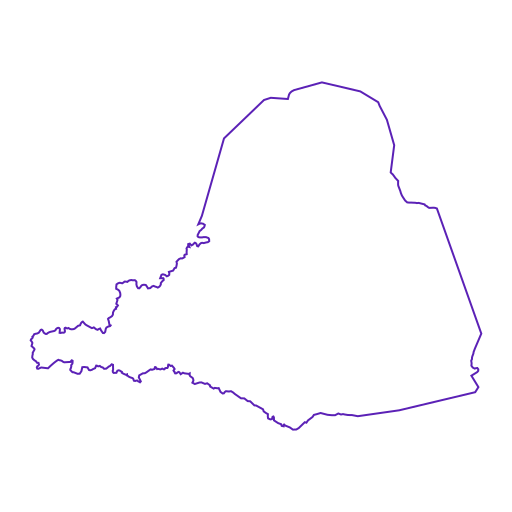 the district of San Lorenzo Texmelúcan, Oaxaca, Mexico
{"feature_id": "50627088B55125244226498", "entity_name": "San Lorenzo Texmelúcan", "entity_type": "district", "adm_level": 2, "iso_a3": "MEX", "parent_name": "Mexico", "parent_adm1": "Oaxaca", "projection": "albers", "projection_center": [-97.233, 16.535], "detail": "fine", "context": "isolated", "style": "outline", "palette": "violet", "viewbox_px": 512, "rotation_deg": 0, "n_neighbors": 0, "source": "geoboundaries", "source_scale": "gbopen_adm2", "svg_char_len": 5989}
<svg xmlns="http://www.w3.org/2000/svg" viewBox="0 0 512 512"><path d="M37.2,362.9L38.5,362.9L39.0,364.6L38.4,365.6L37.3,366.3L36.8,367.3L37.2,368.6L38.2,368.8L41.2,367.5L48.0,368.3L50.6,365.8L53.7,363.1L55.6,361.6L57.0,360.6L57.4,360.3L58.4,359.8L59.3,360.2L60.6,360.4L61.9,360.9L62.9,361.7L64.2,362.3L70.7,361.9L71.2,360.8L71.8,360.3L72.6,360.8L72.6,362.0L72.4,363.6L71.2,365.2L71.3,366.4L70.8,368.3L70.3,369.2L70.3,370.0L72.2,372.0L72.8,372.3L73.5,372.2L77.6,373.8L79.7,373.7L81.4,371.2L82.3,367.2L84.1,367.0L87.5,367.4L89.0,370.0L90.2,370.3L91.9,369.8L93.0,369.1L95.1,368.2L96.2,365.6L96.6,365.6L97.0,365.7L97.4,366.1L98.6,366.3L99.8,365.9L100.5,366.5L101.3,367.1L102.7,367.4L104.1,368.8L106.3,368.6L109.0,366.4L109.9,366.1L111.7,364.3L113.0,364.8L113.1,369.7L112.7,370.8L112.9,372.1L113.6,372.9L116.4,372.8L117.4,370.7L118.6,370.3L119.6,370.5L121.9,371.9L121.8,372.7L123.4,373.7L125.9,374.8L127.0,374.4L127.0,375.5L127.8,375.8L128.5,376.5L130.1,377.3L132.5,378.1L133.2,378.7L133.9,380.7L135.2,381.0L135.8,380.7L137.2,380.5L138.1,381.3L138.8,381.6L140.0,382.3L140.8,381.4L138.8,377.4L139.2,375.4L142.9,373.3L143.8,373.3L144.9,373.2L146.3,372.4L149.4,370.2L150.6,369.4L151.3,369.5L151.9,369.8L154.5,369.0L154.9,367.2L155.6,367.1L156.5,368.3L157.1,369.1L157.8,368.8L160.4,369.4L161.7,368.9L162.2,368.6L164.0,369.4L164.5,369.2L165.2,368.2L165.9,368.0L167.4,368.0L168.0,366.8L168.1,365.2L168.3,364.6L168.9,364.6L170.7,366.0L171.9,365.6L173.8,367.7L174.6,369.0L173.5,370.5L174.0,371.4L174.6,371.9L174.7,372.7L175.2,373.4L176.4,373.3L177.7,372.3L178.7,371.9L179.4,372.3L180.7,374.2L182.9,372.7L184.3,373.3L188.8,373.9L189.7,373.4L189.7,374.2L189.5,374.9L190.2,376.2L192.6,377.9L193.2,379.2L193.4,380.6L192.4,382.7L194.8,384.0L199.5,382.5L201.4,382.4L205.0,383.9L207.2,383.3L210.1,385.4L210.1,386.5L213.7,388.6L214.7,387.9L217.8,388.3L218.7,388.1L219.7,390.2L220.5,391.9L222.7,393.5L223.9,393.3L224.7,392.1L225.9,391.2L228.9,391.5L231.0,391.2L233.0,392.4L235.0,394.1L241.0,398.3L244.3,398.4L247.7,401.1L250.2,401.3L254.4,405.4L256.1,405.5L263.0,409.3L263.7,411.4L266.1,413.1L267.9,414.1L267.8,416.5L268.1,418.4L270.3,419.4L271.9,419.1L272.6,416.8L273.4,416.5L273.9,417.4L274.0,420.4L278.1,423.1L281.1,424.2L281.7,425.9L283.6,426.3L283.7,424.7L284.1,424.5L285.1,425.5L289.8,427.4L292.9,429.6L296.3,429.5L298.7,428.1L304.8,422.2L306.4,422.7L308.0,420.4L312.5,417.0L313.9,414.9L316.6,414.2L320.6,413.0L327.5,414.8L331.8,415.2L335.1,415.2L338.3,413.5L341.0,414.5L343.0,414.1L344.8,414.5L347.9,415.0L352.1,415.1L357.8,416.2L399.2,410.3L475.2,392.2L478.4,387.1L471.4,375.7L477.2,372.1L478.2,370.9L478.3,369.3L477.3,368.0L475.9,368.2L474.7,368.6L472.7,367.5L471.4,365.7L471.6,363.7L471.5,362.4L471.2,360.8L472.0,359.0L472.0,357.6L472.4,356.1L472.9,354.9L473.4,353.5L473.6,352.0L474.9,348.6L481.3,333.6L436.9,208.5L435.2,207.9L433.8,207.7L429.2,207.9L427.7,207.0L426.6,206.0L425.2,205.4L424.6,204.4L418.7,202.9L416.9,203.1L415.5,202.8L411.2,202.6L409.1,202.6L407.2,202.4L405.1,200.5L403.0,197.3L401.9,195.5L400.9,193.1L400.3,191.0L398.3,185.8L398.1,184.6L398.1,181.8L398.2,181.0L395.3,177.9L393.9,175.9L392.7,174.3L391.6,173.4L390.7,172.4L394.2,145.2L386.9,119.8L379.6,105.8L378.2,102.2L360.3,91.4L321.9,82.4L294.1,90.1L291.7,91.4L291.1,91.9L289.8,93.2L289.0,94.7L287.9,99.0L270.8,97.8L264.0,100.0L224.0,138.4L201.9,215.8L198.3,224.3L199.3,223.8L201.0,223.3L202.3,223.6L203.0,223.7L204.8,224.9L204.5,226.2L204.0,227.4L202.3,228.6L201.1,230.0L199.6,231.1L198.8,232.8L197.7,234.9L197.6,236.3L198.4,237.1L199.8,237.4L202.1,237.4L203.6,237.1L205.9,237.1L208.4,238.0L209.1,239.2L209.2,241.2L207.8,242.2L206.4,242.4L203.7,243.1L202.1,242.8L201.0,243.1L199.6,244.3L198.2,246.4L197.2,246.1L196.4,243.9L195.5,242.9L194.7,242.7L192.9,244.6L191.4,245.4L189.8,243.6L188.2,244.1L188.2,244.9L188.8,245.5L189.4,247.0L187.7,246.6L186.8,247.9L186.5,248.6L186.8,249.6L186.6,251.8L186.7,254.2L184.8,254.7L184.3,255.3L184.6,257.1L183.3,257.9L182.0,258.5L180.8,258.3L179.0,259.1L176.5,261.7L176.9,263.6L176.5,265.8L176.0,267.7L174.6,268.1L173.1,270.6L168.9,271.9L169.3,273.3L169.3,274.0L169.2,274.9L168.1,275.8L166.8,276.3L165.1,274.9L162.9,274.3L161.5,274.8L160.2,278.2L163.3,278.2L163.7,279.0L163.6,280.2L162.6,280.9L161.7,281.9L160.8,283.1L160.8,284.5L160.1,285.8L159.3,286.7L157.8,287.6L156.6,287.0L155.2,286.6L153.6,285.9L152.1,286.4L150.2,288.1L148.0,288.4L146.8,286.4L145.8,285.0L144.5,284.8L143.3,284.8L142.0,285.2L141.2,285.9L140.5,287.0L139.3,288.3L138.1,288.2L136.9,286.4L136.4,284.4L136.5,282.0L135.8,280.9L134.9,280.2L132.8,280.3L131.3,280.0L129.4,280.4L128.3,281.0L127.4,281.9L125.8,281.6L124.5,281.6L123.5,282.5L122.2,283.3L120.7,282.9L119.4,282.8L117.9,283.4L116.5,284.4L116.2,287.0L116.2,288.8L117.3,289.3L118.3,289.9L119.3,290.8L120.2,293.0L120.4,294.9L120.2,296.2L119.4,297.4L116.8,298.6L117.5,299.9L116.3,303.8L117.9,305.4L117.0,306.8L115.9,307.2L116.1,308.8L114.8,309.3L113.8,310.8L113.0,312.5L112.9,314.6L112.0,316.1L110.3,317.3L108.7,318.1L108.0,318.9L108.7,320.9L109.5,324.9L110.6,325.4L110.1,326.1L108.1,326.6L106.5,327.5L105.8,328.7L105.2,331.9L104.0,333.1L102.9,333.0L101.0,330.3L100.1,328.5L98.8,329.0L97.6,329.8L96.2,329.3L95.2,328.6L94.2,327.6L93.7,327.4L92.8,327.9L91.8,328.1L86.5,325.2L85.3,324.4L82.8,321.6L81.8,322.2L81.2,322.9L80.6,323.9L80.1,325.3L78.1,325.8L75.5,328.0L74.5,328.8L73.1,329.2L71.3,329.3L69.8,328.9L68.5,328.0L67.6,328.4L66.4,328.2L65.7,327.7L64.8,328.0L64.5,328.8L64.9,330.8L64.9,331.6L64.6,332.2L63.8,332.7L61.8,332.6L60.7,333.0L59.6,332.8L59.9,329.6L59.8,328.9L59.1,328.0L58.2,327.8L57.3,328.1L56.2,328.9L55.4,330.3L54.2,331.0L50.5,331.8L49.3,332.2L47.5,333.2L46.8,333.9L45.9,334.0L44.7,333.4L43.7,332.6L42.8,330.6L42.1,329.9L41.6,329.6L40.7,329.9L38.8,332.7L37.2,333.5L35.5,333.8L34.2,334.2L33.4,335.8L32.4,336.7L32.7,337.6L32.0,338.5L31.0,339.4L30.7,340.4L31.5,341.3L32.3,342.6L32.3,343.4L31.5,346.0L34.3,348.6L34.5,349.5L32.7,352.8L32.8,354.1L32.4,355.6L32.2,357.4L32.8,358.8L34.5,360.4L35.7,361.0L37.2,362.9Z" fill="none" stroke="#5b21b6" stroke-width="2"/></svg>